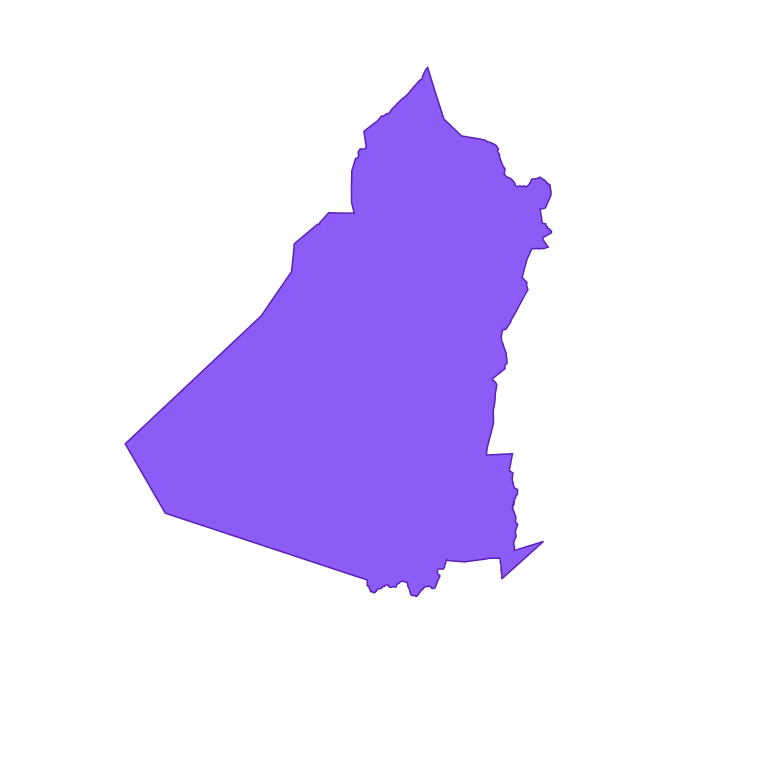 Grong nor, Nord-Trøndelag, Norway (orthographic projection), rotated 143°
{"feature_id": "86288312B93862258107530", "entity_name": "Grong nor", "entity_type": "district", "adm_level": 2, "iso_a3": "NOR", "parent_name": "Norway", "parent_adm1": "Nord-Trøndelag", "projection": "orthographic", "projection_center": [12.349, 64.529], "detail": "fine", "context": "isolated", "style": "filled", "palette": "violet", "viewbox_px": 768, "rotation_deg": 143, "n_neighbors": 0, "source": "geoboundaries", "source_scale": "gbopen_adm2", "svg_char_len": 6111}
<svg xmlns="http://www.w3.org/2000/svg" viewBox="0 0 768 768"><g transform="rotate(143 384 384)"><path d="M636.4,412.4L532.7,262.6L528.6,256.7L515.5,237.8L515.4,237.6L518.8,232.7L518.4,232.5L518.0,232.1L517.8,231.6L517.8,231.1L518.6,230.3L518.8,228.8L519.4,227.7L519.3,227.1L519.5,226.4L519.5,226.0L519.2,225.7L518.3,225.4L518.2,224.2L518.0,223.6L517.0,223.1L516.4,223.0L515.6,223.2L514.9,223.1L514.0,223.9L513.4,223.7L512.3,223.9L511.1,223.4L510.5,222.9L509.5,222.6L508.2,222.6L507.1,222.8L506.3,222.7L505.6,222.2L503.4,222.3L502.6,221.8L502.4,221.0L501.8,220.7L501.7,220.5L502.0,219.9L501.9,218.7L501.5,217.9L500.7,217.4L499.1,216.9L498.1,215.8L497.0,214.9L496.2,214.7L495.2,215.6L493.6,216.3L492.3,215.9L489.9,216.1L488.6,215.7L487.5,215.0L486.9,214.0L486.2,213.5L485.9,212.7L485.4,212.4L485.3,211.9L484.7,211.2L484.9,210.8L485.5,210.3L486.0,209.1L486.7,208.3L486.8,207.8L486.7,207.2L486.7,206.7L487.8,203.4L488.4,202.4L488.7,201.0L489.2,200.2L489.3,199.4L489.1,198.9L489.0,198.0L487.2,196.9L486.6,196.3L486.3,195.8L486.3,194.9L486.1,194.8L485.5,195.1L484.8,194.8L484.1,195.0L483.1,195.1L482.3,195.8L481.4,196.1L480.8,195.9L479.5,196.7L478.6,196.5L477.1,197.0L476.1,196.7L474.0,197.7L473.6,197.7L472.5,196.7L471.7,196.5L470.3,195.5L469.4,195.2L469.1,194.5L469.0,194.4L468.8,193.7L468.9,192.6L468.7,191.7L467.7,191.2L467.2,190.7L466.2,190.5L463.4,192.0L460.4,194.0L455.0,196.9L454.8,197.4L454.6,197.9L455.2,199.1L455.2,200.2L454.5,201.7L453.7,202.7L452.9,203.4L452.3,203.6L451.4,203.4L450.5,202.4L448.3,200.7L447.7,200.6L447.2,200.7L445.4,201.7L443.5,203.5L442.4,204.1L440.3,205.8L439.5,206.0L439.3,205.9L439.7,205.2L439.5,204.8L426.9,193.6L408.1,183.0L404.9,181.5L396.5,175.3L396.5,175.0L396.6,174.5L397.1,173.3L398.4,171.8L399.2,169.4L399.2,168.9L399.3,168.7L399.6,168.3L400.2,168.0L401.5,166.2L402.6,165.2L402.8,164.7L402.6,164.0L402.7,163.7L404.2,162.4L404.3,161.8L404.3,161.3L404.4,160.8L406.4,158.9L406.8,157.8L406.8,157.5L351.4,162.3L380.0,172.6L379.6,173.2L378.2,174.8L377.6,175.7L377.3,176.8L376.5,178.5L375.9,179.2L373.0,181.3L370.7,182.4L369.9,183.3L368.3,186.4L366.9,188.0L361.7,191.4L361.6,192.0L362.2,193.3L362.2,193.8L361.4,195.4L360.1,196.6L358.7,198.6L358.3,200.1L357.9,200.9L357.9,201.3L357.8,201.8L357.2,202.9L356.3,207.1L356.4,207.4L356.2,207.8L355.9,207.9L355.4,207.7L355.2,208.6L354.9,208.9L354.5,209.0L354.2,209.5L354.2,209.2L353.9,209.2L354.0,209.4L353.7,209.6L353.3,209.5L353.0,209.8L352.6,209.7L352.4,210.0L352.7,210.1L352.1,210.4L351.9,210.6L351.9,210.9L351.5,210.9L351.2,211.2L351.3,211.3L350.8,211.6L351.2,211.8L350.7,212.1L350.2,213.0L349.2,213.2L348.1,214.0L347.3,214.0L347.1,214.3L345.7,215.5L344.9,215.3L343.7,215.9L340.8,219.2L342.3,222.3L341.8,224.3L339.1,230.5L334.6,235.4L336.1,239.4L323.3,251.0L344.9,265.5L343.7,267.0L339.9,271.0L320.1,286.8L312.7,297.1L308.8,300.4L305.2,304.2L300.3,309.9L297.4,312.5L294.5,315.4L293.9,318.2L294.4,320.4L295.1,321.8L293.5,323.0L278.2,323.4L276.2,326.2L273.1,326.6L270.6,330.4L269.6,332.7L268.0,334.6L266.0,341.5L265.1,343.3L264.7,344.6L264.7,345.8L263.5,348.6L262.4,350.1L262.0,351.2L256.7,355.8L253.8,354.3L245.1,357.4L245.0,358.1L235.8,362.0L216.0,371.2L212.4,372.6L210.8,376.9L208.8,379.0L209.5,386.0L194.8,397.5L184.4,403.1L183.9,402.5L182.9,401.8L181.8,401.2L181.4,400.6L180.6,400.5L179.2,398.8L177.9,398.2L175.0,396.1L170.4,394.5L170.5,397.5L170.4,399.1L170.2,401.9L170.3,402.1L169.9,403.9L169.1,405.3L159.3,404.0L158.2,405.5L158.9,406.3L158.4,407.9L159.3,409.3L159.9,410.6L158.8,410.9L159.4,413.2L158.4,414.4L160.8,417.1L154.1,429.6L149.2,427.5L138.5,433.4L136.1,435.3L135.9,435.8L134.6,437.3L134.5,438.2L134.1,438.6L133.9,439.4L133.5,440.3L133.0,440.5L132.5,441.9L132.2,442.1L131.8,442.5L131.6,443.3L132.1,443.9L132.0,444.5L132.2,444.9L132.4,445.2L132.7,445.2L132.7,446.2L132.9,446.4L133.0,446.7L132.8,447.7L133.1,447.9L133.1,448.1L132.8,449.1L132.9,449.9L133.5,450.4L133.6,450.7L133.5,450.9L133.8,451.3L134.0,452.0L134.0,452.3L133.9,452.7L135.1,455.4L137.4,455.7L142.9,458.6L146.8,456.5L151.4,455.6L153.3,458.2L153.6,458.3L154.2,458.3L155.0,458.7L155.4,459.1L155.5,459.5L155.6,459.8L156.8,460.7L158.0,461.1L158.8,461.6L159.3,462.6L159.5,462.9L159.6,463.3L159.5,464.4L159.0,464.8L158.6,465.6L158.8,467.2L158.7,468.7L158.7,469.8L159.1,470.7L159.3,471.9L159.4,472.5L159.9,473.0L160.5,474.0L161.3,475.8L161.4,476.3L161.6,477.3L161.5,478.9L161.8,479.3L161.8,479.7L161.2,479.8L160.7,480.1L159.8,481.3L159.2,481.7L157.9,483.0L157.8,483.4L158.0,483.8L157.7,485.1L157.7,485.5L158.0,485.9L158.0,486.1L157.6,487.0L156.4,491.7L155.1,495.6L155.0,495.9L155.1,496.0L154.2,496.8L154.2,497.1L154.1,497.3L154.1,497.5L153.6,498.3L153.7,498.8L153.5,499.5L153.6,499.8L153.6,500.6L153.2,501.7L152.9,502.0L152.4,502.0L151.8,502.6L151.5,502.5L151.2,502.9L151.0,503.7L151.1,504.4L151.1,504.8L151.1,505.2L151.0,505.3L150.9,506.0L150.7,506.4L151.0,506.9L151.4,508.3L151.9,509.7L153.1,511.7L153.4,512.6L154.0,513.1L154.3,513.7L155.4,514.8L156.4,517.7L158.3,520.1L172.8,535.5L176.7,559.5L166.9,587.7L158.6,610.5L161.6,609.9L168.4,606.4L169.9,604.6L172.6,605.1L174.1,604.6L174.4,604.9L175.1,604.7L175.6,604.3L176.5,604.3L180.7,603.5L181.2,603.6L183.5,602.8L186.1,602.3L187.2,601.9L189.9,601.3L194.2,600.8L197.2,600.9L205.8,599.8L207.4,599.3L210.6,599.1L212.5,598.7L213.5,598.4L214.2,597.9L214.6,597.9L214.9,597.6L216.2,597.3L216.3,597.3L216.1,597.5L216.9,597.3L217.9,597.4L218.3,597.7L218.7,598.2L219.2,598.4L220.2,598.4L221.4,598.0L221.8,598.0L222.4,598.4L223.1,598.2L223.2,598.3L223.5,598.4L224.0,598.9L224.2,599.0L224.7,599.5L231.0,598.0L238.4,598.1L240.4,598.0L248.0,597.9L255.9,583.4L258.8,583.8L260.1,584.8L260.9,585.1L260.9,585.4L261.5,586.1L262.5,585.8L263.6,585.2L264.4,585.1L264.9,584.8L265.3,584.4L265.5,583.9L265.9,583.6L265.9,582.9L266.0,582.6L266.4,582.5L266.5,581.9L266.8,581.6L269.0,580.4L269.7,580.7L270.7,580.8L271.1,581.1L281.5,573.5L292.3,559.8L298.7,551.1L300.3,549.0L301.6,546.4L304.9,538.4L317.4,547.9L325.1,554.1L334.3,552.2L337.9,551.7L338.9,550.3L339.6,550.6L340.6,551.6L368.9,550.1L371.3,549.9L377.7,542.8L390.2,529.4L441.1,512.3L541.3,501.3L626.7,492.0L636.4,412.4Z" fill="#8b5cf6" stroke="#5b21b6" stroke-width="1.5"/></g></svg>